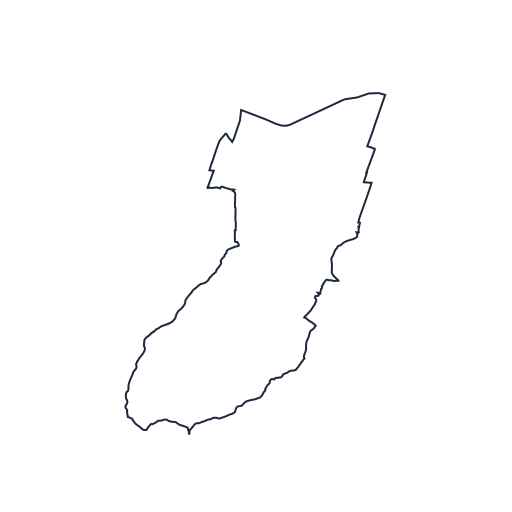 Orbeni, Bacau, Romania (Albers equal-area conic projection), rotated 308°
{"feature_id": "2599482B35012513520864", "entity_name": "Orbeni", "entity_type": "district", "adm_level": 2, "iso_a3": "ROU", "parent_name": "Romania", "parent_adm1": "Bacau", "projection": "albers", "projection_center": [26.985, 46.28], "detail": "fine", "context": "isolated", "style": "outline", "palette": "slate", "viewbox_px": 512, "rotation_deg": 308, "n_neighbors": 0, "source": "geoboundaries", "source_scale": "gbopen_adm2", "svg_char_len": 6065}
<svg xmlns="http://www.w3.org/2000/svg" viewBox="0 0 512 512"><g transform="rotate(308 256 256)"><path d="M433.0,228.8L380.2,201.9L378.0,200.2L376.7,198.9L375.5,197.4L374.2,195.1L372.3,190.0L369.8,180.1L361.9,154.4L353.0,159.9L334.6,166.4L332.5,166.7L331.2,167.0L331.8,164.9L332.3,162.0L332.7,160.7L334.0,157.5L333.6,156.7L324.9,156.3L320.9,157.4L315.4,159.2L302.6,163.8L302.5,163.6L294.9,166.5L297.1,170.2L283.1,174.8L280.0,175.7L280.0,176.0L279.9,176.1L280.2,176.4L280.3,176.3L281.2,177.2L281.4,177.7L282.2,179.0L283.9,181.0L284.6,181.5L285.8,182.6L286.2,183.6L287.1,186.1L289.1,185.9L289.7,186.6L290.4,188.2L290.7,189.6L292.0,192.7L292.8,194.9L293.3,195.8L293.6,196.1L293.8,196.5L294.6,197.2L294.7,197.6L294.3,197.3L293.6,197.0L293.0,197.4L293.2,198.3L293.2,199.6L292.7,200.6L291.9,201.7L290.2,202.8L287.0,205.3L284.4,207.1L281.4,209.5L281.2,210.4L271.9,217.4L269.4,219.9L267.2,221.6L263.8,224.1L263.1,223.5L261.6,224.9L260.5,225.6L256.8,228.5L254.8,230.3L254.4,230.7L254.4,231.2L255.3,232.3L255.4,232.5L255.4,232.8L255.1,233.8L254.8,234.5L253.8,236.0L253.4,235.9L252.1,235.3L250.6,233.9L244.6,230.4L243.1,229.9L242.1,229.8L241.5,229.9L240.5,230.7L240.1,230.8L238.2,230.6L235.9,231.3L232.7,230.9L231.6,231.0L230.4,231.4L229.8,231.8L229.3,232.5L228.8,233.0L228.0,233.3L225.1,233.5L221.1,233.4L219.8,233.9L218.5,234.2L214.4,233.3L212.2,233.1L210.4,232.9L208.1,233.2L206.6,233.2L204.3,232.6L203.2,232.2L199.6,229.6L197.4,228.9L194.2,228.4L190.9,227.5L190.3,227.4L189.3,227.4L186.9,227.7L184.6,227.5L184.3,227.4L183.2,227.4L180.1,227.5L179.7,227.6L177.7,227.6L176.3,228.6L173.9,229.5L173.1,229.6L170.3,229.7L169.9,229.5L167.2,229.3L166.0,229.0L164.3,228.7L162.7,229.0L160.7,229.3L157.9,230.5L157.4,230.6L156.1,230.7L152.4,230.4L151.2,229.8L150.6,229.7L148.4,228.3L148.0,228.5L147.8,228.3L147.9,228.1L146.6,227.5L146.4,227.1L146.2,226.9L145.1,226.4L144.8,226.4L142.8,224.9L141.8,224.5L138.8,223.6L137.2,222.7L136.1,222.4L133.5,222.2L133.2,221.7L131.8,221.5L131.3,221.3L130.7,220.9L130.2,220.8L129.4,220.8L129.2,221.0L129.0,220.8L127.0,220.6L126.6,220.4L126.2,220.3L125.9,220.3L125.6,220.2L125.5,219.9L124.3,219.7L121.7,219.7L120.6,220.0L119.7,220.7L116.8,222.5L115.8,223.6L115.1,225.1L114.5,225.6L113.2,226.3L112.1,226.6L110.4,226.9L107.6,227.0L104.0,226.9L101.5,227.2L99.2,227.4L98.4,227.8L97.7,227.9L96.7,228.2L96.1,228.9L95.6,229.8L95.4,230.0L94.9,230.3L93.3,230.8L92.2,230.9L90.0,230.7L88.7,230.8L85.9,231.9L81.5,232.9L76.8,234.5L75.0,235.6L73.0,237.1L72.3,237.6L70.6,238.2L70.2,238.2L69.4,237.8L69.1,237.8L66.8,238.7L65.3,239.8L64.2,240.9L63.6,241.8L63.1,242.6L62.7,243.6L61.8,244.5L61.3,244.8L59.8,245.1L59.3,245.4L57.8,245.4L57.0,245.8L56.2,246.4L55.4,249.0L55.0,249.5L53.8,250.3L53.2,250.9L51.6,252.6L51.1,253.4L50.2,254.1L50.5,254.5L50.9,255.8L51.1,257.3L51.6,258.3L51.6,258.8L50.7,259.9L49.7,264.2L49.6,265.7L49.8,269.7L49.7,271.4L49.5,272.8L49.5,273.4L49.8,274.3L50.4,275.4L51.4,276.8L53.1,276.6L55.3,276.5L58.7,276.6L58.9,276.7L60.1,278.2L60.4,278.4L62.7,279.3L63.6,279.7L65.3,280.1L66.0,280.4L67.8,282.6L70.2,284.2L71.1,285.0L71.8,285.9L72.0,286.4L72.2,288.1L72.4,289.1L73.0,290.6L73.8,292.1L75.4,294.4L75.7,295.1L75.7,297.2L75.8,298.8L76.1,300.3L77.2,302.9L77.8,304.7L78.6,307.6L78.5,308.1L77.6,309.1L76.8,310.5L74.1,313.4L77.8,311.0L81.4,311.3L85.6,311.3L86.2,311.4L87.1,311.9L88.1,312.6L89.2,314.1L92.0,315.5L93.2,316.6L97.1,318.7L98.5,319.7L98.9,320.3L99.8,321.0L101.2,321.4L102.1,322.0L103.5,323.5L104.1,324.4L104.5,325.2L105.1,326.9L105.9,327.6L111.5,331.2L114.0,332.4L117.4,334.6L119.1,335.2L120.0,335.4L120.8,335.2L123.0,334.3L124.8,333.9L125.6,334.0L126.1,334.2L129.1,336.8L129.7,337.0L131.9,337.1L133.3,337.4L134.7,337.5L136.8,338.8L139.6,340.9L142.3,343.3L147.0,346.3L150.1,346.6L153.5,345.9L154.8,346.1L155.9,346.0L156.7,345.3L157.2,345.1L158.5,344.9L160.6,344.6L164.1,345.0L164.5,344.9L165.7,344.0L166.4,343.8L167.8,343.8L169.0,344.3L169.5,345.6L169.8,346.3L170.2,346.4L171.5,346.3L172.5,346.9L172.9,347.6L173.2,347.8L173.6,348.6L174.2,348.8L174.9,349.4L175.2,349.9L176.1,350.5L176.6,350.6L177.9,350.6L179.6,350.3L180.7,351.0L181.5,351.3L183.1,352.5L183.7,352.7L184.5,352.8L185.4,353.1L186.3,353.6L188.2,355.2L188.5,355.5L189.1,356.4L190.9,357.5L192.3,357.4L193.5,357.6L194.7,357.6L195.9,357.4L198.7,357.4L199.7,357.1L201.3,357.3L203.1,357.1L205.1,357.3L205.4,357.0L205.7,356.1L206.0,355.8L207.9,354.8L211.1,353.9L213.0,353.1L214.9,351.7L217.0,350.0L218.6,349.0L221.2,348.1L222.8,347.8L224.4,347.4L225.7,346.9L226.0,346.7L228.6,345.6L230.5,345.1L231.2,345.2L233.3,345.9L234.6,346.1L237.8,346.0L237.9,345.3L238.1,344.1L238.1,341.2L237.6,336.8L237.8,333.5L237.3,331.8L238.2,331.7L241.5,332.2L247.4,332.7L249.4,332.4L254.9,332.0L255.5,331.5L257.0,331.4L257.9,331.0L258.4,330.6L258.9,329.8L259.4,328.0L260.3,327.7L260.6,327.5L261.1,327.6L262.6,329.3L263.1,329.6L263.9,329.5L264.4,328.8L265.0,327.3L265.2,327.7L264.9,328.0L264.9,328.6L265.3,329.0L265.0,329.5L266.0,329.9L266.8,329.0L268.1,328.6L269.3,328.0L270.0,327.6L270.8,327.8L271.7,327.6L272.5,326.6L275.0,326.5L275.2,326.1L280.3,326.0L281.1,326.7L281.5,327.4L281.8,328.3L282.1,329.0L282.7,329.5L283.2,330.1L283.9,332.3L284.4,333.0L285.4,334.1L286.3,334.8L287.0,336.1L287.2,336.3L287.5,335.9L287.6,335.1L287.7,332.8L288.0,331.2L288.3,328.6L288.6,328.0L288.9,327.1L289.4,326.2L290.0,325.6L294.1,322.6L296.5,320.7L299.6,317.5L300.3,317.0L301.7,316.6L302.9,316.5L305.3,316.0L306.9,315.4L309.8,314.7L311.6,314.9L312.8,314.8L313.4,314.5L314.1,314.6L314.8,314.8L315.7,315.5L317.4,316.3L319.2,316.5L321.4,317.2L323.8,318.4L326.8,320.4L328.9,322.0L331.1,323.2L333.5,323.9L335.3,322.6L336.1,321.5L336.5,320.7L337.2,322.1L337.5,322.5L337.8,322.5L338.1,322.3L338.0,321.8L340.4,320.4L341.1,319.8L341.1,319.7L342.0,318.8L342.3,319.4L343.1,318.9L346.2,317.4L345.4,316.0L349.6,314.1L371.2,306.9L378.1,304.5L384.8,302.0L380.5,295.6L382.6,294.7L390.0,292.1L389.6,291.6L392.0,290.8L412.8,284.2L413.0,283.6L413.6,283.4L413.1,282.3L412.6,280.1L410.9,276.2L427.3,270.8L432.5,268.9L462.5,258.6L460.0,252.5L453.5,244.8L443.2,238.1L434.3,229.6L433.0,228.8Z" fill="none" stroke="#1e293b" stroke-width="2"/></g></svg>